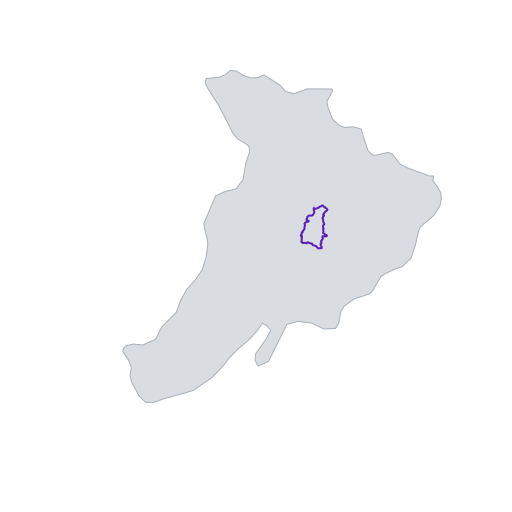 location of Jarabacoa, La Vega, Dominican Republic, rotated 121°
{"feature_id": "3306468B89107795210133", "entity_name": "Jarabacoa", "entity_type": "district", "adm_level": 2, "iso_a3": "DOM", "parent_name": "Dominican Republic", "parent_adm1": "La Vega", "projection": "natural_earth1", "projection_center": [-70.715, 19.099], "detail": "fine", "context": "in_parent", "style": "outline", "palette": "violet", "viewbox_px": 512, "rotation_deg": 121, "n_neighbors": 0, "source": "geoboundaries", "source_scale": "gbopen_adm2", "svg_char_len": 6377}
<svg xmlns="http://www.w3.org/2000/svg" viewBox="0 0 512 512"><g transform="rotate(121 256 256)"><path d="M96.7,342.5L97.2,323.2L99.8,315.3L97.4,307.0L86.4,298.2L79.6,286.9L73.7,276.8L75.0,275.4L87.0,274.9L91.2,271.2L99.3,261.0L101.0,252.7L100.3,246.4L95.1,238.9L93.0,231.1L99.5,224.2L108.0,214.2L109.1,210.3L109.0,206.5L99.1,195.9L98.4,191.4L103.1,179.9L102.6,172.3L98.1,148.6L95.9,145.0L100.3,143.1L103.2,136.0L107.1,129.7L112.2,126.3L118.0,124.2L129.5,124.4L145.4,129.8L149.9,129.8L165.2,124.8L177.9,122.0L189.9,125.2L194.7,129.4L204.6,136.2L209.5,138.3L225.1,138.1L229.4,138.8L242.5,150.0L253.5,154.5L259.9,154.7L271.4,150.4L277.1,150.5L283.6,160.2L284.9,173.9L290.4,186.3L298.7,194.3L340.0,191.0L349.2,197.6L346.0,203.0L340.2,205.9L320.6,204.6L312.0,205.2L310.3,210.7L310.3,215.7L321.8,216.9L333.0,219.4L344.5,223.4L356.1,226.2L369.3,228.0L382.2,230.9L403.8,240.7L427.7,263.1L434.1,268.2L438.3,275.2L436.3,283.9L427.9,298.0L423.1,302.6L416.0,305.3L411.2,311.1L406.6,321.0L403.8,321.9L400.4,321.5L394.7,315.9L390.6,307.2L379.0,299.2L365.4,300.2L345.2,295.4L333.0,297.7L320.8,298.3L308.3,295.8L295.8,295.0L283.3,298.0L271.1,303.2L266.6,306.5L258.8,314.6L254.7,317.5L225.1,321.6L216.6,315.7L208.7,307.6L197.3,306.5L180.8,312.8L170.5,315.0L166.3,317.7L165.1,320.8L165.1,332.1L162.7,338.9L146.6,364.8L137.5,383.1L133.8,388.8L129.5,390.0L121.6,379.5L116.5,375.7L110.3,373.8L107.6,368.2L107.8,360.2L106.1,352.5L102.3,346.5L96.7,342.5Z" fill="#d9dde1" stroke="#a8b0b8" stroke-width="1"/><path d="M187.0,230.1L187.2,229.7L187.5,229.2L188.0,228.8L188.6,228.6L189.0,228.4L189.5,228.4L191.4,228.4L191.8,228.4L192.0,228.5L192.3,228.7L192.5,228.9L192.7,229.2L193.3,229.9L193.3,230.1L193.8,231.1L193.9,231.3L194.1,231.5L194.4,231.7L195.1,231.8L195.6,232.0L195.8,232.1L196.1,232.1L196.3,232.0L196.7,231.8L196.9,231.8L197.2,231.7L198.0,231.8L198.3,231.7L198.5,231.6L198.9,231.4L199.0,231.3L199.0,231.1L199.0,230.9L199.0,230.6L199.0,230.0L199.0,229.8L198.8,229.5L198.8,229.4L198.9,229.2L199.0,229.0L199.0,228.8L199.3,228.8L199.7,229.0L199.9,229.1L200.0,229.2L200.1,229.4L200.2,229.6L200.2,230.0L200.3,230.3L200.5,230.4L201.1,230.5L201.4,230.5L202.0,230.8L202.2,231.0L202.4,231.1L202.8,231.1L203.2,231.1L203.4,231.1L203.6,230.9L203.8,230.5L203.9,230.3L204.1,230.1L204.4,229.9L204.9,229.6L205.0,229.5L205.3,229.5L205.9,229.5L206.1,229.4L206.7,229.1L206.8,229.0L207.2,228.6L207.3,228.6L207.5,228.5L207.9,228.5L209.9,228.5L210.2,228.6L210.5,228.7L210.7,228.8L210.9,228.7L211.6,228.3L211.8,228.3L212.0,228.4L212.1,228.6L212.2,228.8L212.4,228.8L212.5,228.8L212.8,228.7L213.1,228.4L213.4,228.2L213.6,228.2L213.8,228.2L214.9,228.2L215.0,228.2L215.3,228.2L215.5,228.0L215.5,227.9L215.5,227.7L215.4,227.3L215.3,227.1L215.4,226.9L215.5,226.7L215.8,226.6L216.2,226.8L216.3,226.8L216.4,226.7L216.6,226.5L216.8,226.3L216.9,226.1L217.0,226.0L217.7,225.7L218.0,225.6L218.2,225.4L218.4,225.2L218.5,225.1L219.1,224.8L219.4,224.7L219.5,224.6L219.8,224.6L220.3,224.6L220.6,224.3L220.6,223.4L220.7,223.1L220.8,222.7L220.7,222.5L220.7,222.4L220.6,222.2L220.1,221.7L219.9,221.5L219.8,221.3L219.6,220.9L219.3,220.4L219.2,220.3L219.2,220.1L219.3,219.7L219.2,219.3L219.0,219.1L218.8,219.0L218.6,219.0L218.1,219.0L217.9,218.9L217.7,218.8L217.7,218.7L217.6,218.3L217.4,218.0L217.4,217.9L217.4,217.6L217.5,217.4L217.5,217.2L217.3,216.6L217.1,216.3L217.0,215.7L216.8,215.3L216.7,214.8L216.6,214.6L216.5,214.4L216.6,214.2L217.0,213.9L217.1,213.5L217.2,213.4L217.3,213.2L217.4,212.6L217.3,212.4L217.1,211.9L217.0,211.3L216.8,210.9L216.8,210.7L216.7,210.1L216.6,209.7L216.6,209.3L216.8,208.7L217.1,208.2L217.2,207.9L217.1,207.6L217.2,207.3L217.3,207.0L217.3,206.8L217.3,206.7L217.3,206.3L217.1,206.1L216.9,205.9L216.6,205.4L216.4,205.0L216.3,204.9L216.1,204.7L215.9,204.6L215.7,204.3L215.5,204.0L215.4,203.9L215.2,203.8L214.5,204.5L214.4,204.6L214.1,204.7L214.0,204.8L213.9,205.0L213.8,205.5L213.7,205.7L213.6,205.8L213.5,206.0L213.3,206.2L212.9,206.4L212.5,206.8L212.4,206.8L212.1,206.9L211.9,206.7L211.7,206.6L211.4,206.6L211.2,206.7L210.6,207.0L210.2,207.4L209.9,207.8L209.6,207.9L209.4,207.9L209.2,207.9L208.8,207.7L208.7,207.7L208.3,207.8L208.2,207.8L207.8,207.6L207.7,207.6L207.3,207.6L206.7,207.6L206.3,208.0L206.1,208.3L205.7,208.7L205.6,208.8L205.4,208.9L205.1,209.1L204.9,209.1L204.7,208.9L204.4,208.7L204.1,208.3L204.1,208.0L204.0,207.5L204.0,207.3L203.9,207.2L203.7,207.0L203.5,206.8L203.3,206.7L203.2,206.5L203.1,206.3L203.0,206.1L202.9,205.9L202.7,205.8L202.6,205.7L202.4,205.6L202.1,205.7L202.0,205.8L201.8,206.0L201.7,206.2L201.7,206.4L201.7,206.6L201.8,206.9L202.0,207.0L202.2,207.3L202.2,207.5L201.8,208.5L201.7,208.7L201.7,208.8L201.7,209.1L201.7,209.9L201.7,210.2L201.7,210.3L201.5,210.5L201.4,210.5L201.0,210.6L200.8,210.6L200.2,210.9L199.9,211.1L199.6,211.3L198.9,211.9L198.8,212.0L198.7,212.1L197.9,212.2L197.7,212.2L197.6,212.3L197.5,212.8L197.4,212.9L197.3,213.0L197.1,213.1L196.8,213.2L196.6,213.3L196.4,213.5L196.0,213.9L195.9,214.0L195.7,214.1L195.4,214.2L195.0,214.2L194.7,214.1L194.4,214.1L194.0,213.9L193.9,213.9L193.6,213.9L193.1,214.2L193.0,214.3L192.9,214.4L192.8,214.6L192.8,215.0L192.7,215.2L192.6,215.4L192.4,215.6L192.2,215.8L192.0,216.0L191.9,216.0L191.7,216.2L191.5,216.3L190.8,216.9L190.7,217.0L190.4,217.2L190.2,217.3L189.7,217.9L189.4,218.3L189.2,218.6L188.7,218.5L188.3,218.5L188.1,218.7L187.9,218.7L187.6,218.7L187.3,218.7L187.1,218.7L186.6,218.5L186.5,218.4L186.3,218.5L186.2,218.6L186.1,218.8L186.0,219.0L186.0,219.4L186.0,219.6L185.9,219.6L185.7,219.7L185.4,219.7L184.0,219.7L183.7,219.6L183.3,219.4L183.1,219.4L182.6,219.4L182.0,219.4L181.5,219.1L181.3,219.0L181.0,218.8L180.9,218.7L180.7,218.7L180.0,218.7L179.8,218.7L179.6,218.7L179.6,218.8L179.4,219.1L179.2,219.4L179.0,219.6L178.9,219.9L178.9,220.0L178.9,220.5L178.9,220.8L179.0,221.0L179.1,221.3L179.0,221.5L178.7,221.9L178.7,222.1L178.6,222.4L178.7,222.6L178.8,222.9L178.8,223.1L178.8,223.4L178.7,223.8L178.6,224.1L178.5,224.3L178.3,224.8L178.6,225.3L178.9,225.5L179.1,225.6L179.6,225.7L179.8,225.8L180.0,225.9L180.5,226.4L180.6,226.5L181.2,226.9L181.4,227.0L182.0,227.0L182.4,227.2L182.7,227.6L183.0,227.7L183.1,227.8L183.6,228.2L183.9,228.4L184.1,228.5L184.3,228.8L185.1,229.6L185.2,229.8L185.3,229.9L185.4,230.1L185.4,230.3L185.2,230.7L185.1,230.9L185.3,230.9L185.5,231.0L185.8,231.0L185.9,230.9L186.0,230.8L186.1,230.6L186.3,230.4L186.8,230.1L187.0,230.1Z" fill="none" stroke="#5b21b6" stroke-width="2"/></g></svg>